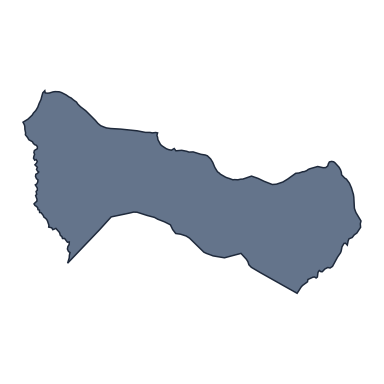 São João do Araguaia, Pará, Brazil (Equal Earth projection)
{"feature_id": "56859067B47376797369085", "entity_name": "São João do Araguaia", "entity_type": "district", "adm_level": 2, "iso_a3": "BRA", "parent_name": "Brazil", "parent_adm1": "Pará", "projection": "equal_earth", "projection_center": [-48.731, -5.441], "detail": "fine", "context": "isolated", "style": "filled", "palette": "slate", "viewbox_px": 384, "rotation_deg": 0, "n_neighbors": 0, "source": "geoboundaries", "source_scale": "gbopen_adm2", "svg_char_len": 3034}
<svg xmlns="http://www.w3.org/2000/svg" viewBox="0 0 384 384"><path d="M44.8,90.7L42.8,92.8L41.7,96.7L41.0,99.5L39.1,103.5L37.8,107.1L35.8,110.5L33.4,113.1L32.2,115.1L27.9,119.2L23.0,122.2L24.4,124.9L24.8,126.7L24.9,129.4L25.6,132.9L25.4,134.8L27.7,137.7L28.8,139.7L32.5,141.8L33.3,143.4L34.9,144.8L36.4,145.3L37.4,146.8L37.3,148.7L34.4,150.5L33.9,152.5L34.6,154.4L33.9,156.2L33.5,158.2L34.7,160.2L36.1,159.6L37.3,161.3L36.4,163.2L34.9,164.8L37.4,167.3L36.5,169.4L37.4,170.9L38.7,172.0L37.3,173.5L35.8,174.3L35.5,176.4L36.5,178.7L37.9,179.8L37.8,181.9L36.8,183.9L35.3,184.9L37.3,188.0L37.3,190.3L36.1,191.4L36.7,194.3L35.6,195.5L37.0,199.3L36.8,201.3L35.4,202.4L34.0,203.9L35.0,205.5L36.4,206.4L37.6,207.6L38.0,209.7L39.4,210.1L39.6,212.5L41.1,212.7L43.2,215.4L43.9,217.1L45.4,218.2L46.7,219.5L47.5,221.1L48.9,225.2L48.7,227.1L51.7,227.8L52.8,229.7L55.9,228.4L59.5,232.5L60.4,235.5L61.8,236.4L62.5,238.5L64.6,238.5L67.4,242.2L69.3,242.0L69.1,244.6L67.9,246.5L67.4,249.0L68.5,251.5L70.0,252.5L69.4,255.2L69.2,258.0L67.6,263.2L99.5,229.8L111.2,216.9L112.6,216.6L129.3,213.1L133.5,212.1L137.0,212.2L147.3,215.5L154.5,217.4L157.7,219.2L164.4,221.8L170.4,224.8L172.7,229.6L175.7,233.5L180.6,234.2L186.1,236.0L189.5,238.1L203.9,252.2L206.4,253.4L210.8,255.0L213.1,255.9L224.5,257.8L230.4,256.2L241.0,253.4L246.4,259.3L247.9,261.7L248.9,264.8L251.3,267.3L260.3,272.6L262.6,273.9L297.1,293.3L300.0,288.8L301.0,287.2L302.5,285.5L307.5,281.8L307.9,279.5L312.9,277.2L314.6,277.0L316.1,278.0L317.4,277.0L318.0,272.4L319.3,270.5L320.9,271.7L322.3,271.7L325.0,268.9L327.8,267.5L330.1,268.0L332.5,266.4L337.6,257.0L340.5,252.8L341.2,251.0L342.0,246.8L344.0,243.4L345.5,243.2L347.3,245.1L348.2,240.7L349.0,238.8L352.2,237.5L354.3,234.8L356.8,233.1L360.6,227.3L360.3,223.8L361.0,221.0L359.2,218.0L355.9,212.5L355.2,210.6L354.4,208.3L353.8,197.2L353.4,194.4L352.2,190.4L351.5,188.0L350.2,185.0L349.4,183.2L346.4,179.1L344.7,178.1L343.0,176.3L341.6,174.8L341.3,172.2L340.5,169.8L339.0,167.2L335.1,162.9L333.7,161.8L331.6,161.4L329.4,161.9L328.4,163.7L327.7,166.0L325.7,167.6L323.2,167.7L317.7,166.5L310.0,168.7L308.3,169.4L306.7,170.6L304.3,171.6L302.4,171.8L301.1,172.3L298.9,173.0L295.7,173.3L293.5,174.9L290.4,177.1L287.8,179.0L282.9,182.0L276.4,184.2L272.3,184.5L264.1,181.3L258.1,178.4L251.5,176.1L242.8,179.1L240.5,179.2L237.9,179.8L234.5,179.6L232.9,179.8L229.1,178.4L227.4,177.9L225.8,177.3L220.4,174.2L219.2,173.0L217.5,171.8L214.8,167.4L212.7,162.3L210.6,158.9L207.4,155.8L205.3,155.0L200.9,154.3L193.1,151.9L189.0,152.1L186.8,151.3L181.7,150.3L175.9,150.8L174.2,148.5L171.4,150.2L168.6,149.6L166.3,148.7L162.2,146.0L160.5,144.5L157.9,139.6L157.6,137.3L156.9,135.3L157.6,132.9L155.8,132.5L152.3,132.9L149.9,132.4L145.4,132.4L137.2,130.8L120.7,129.1L110.6,128.5L106.3,127.9L103.4,126.8L100.7,125.7L97.9,123.4L95.3,120.3L85.9,110.9L80.3,106.6L77.8,104.1L76.5,102.1L73.4,99.9L71.2,98.0L69.1,97.0L66.1,94.9L61.6,92.6L59.3,91.8L55.1,91.6L53.0,91.9L49.4,93.0L47.4,93.2L45.2,92.9L44.8,90.7Z" fill="#64748b" stroke="#1e293b" stroke-width="1.5"/></svg>